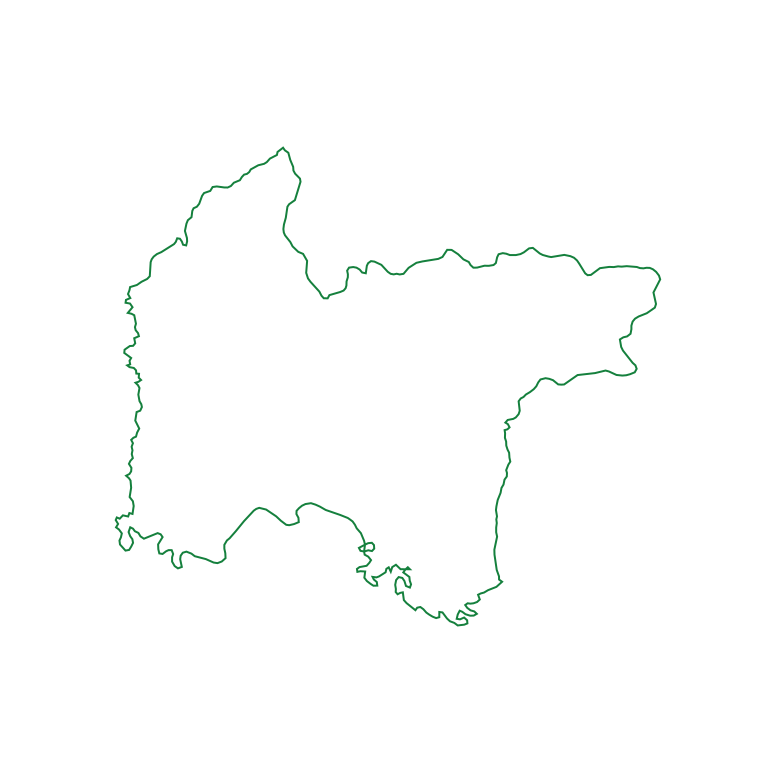 Riachinho, Minas Gerais, Brazil, rotated 168°
{"feature_id": "56859067B25318605217705", "entity_name": "Riachinho", "entity_type": "district", "adm_level": 2, "iso_a3": "BRA", "parent_name": "Brazil", "parent_adm1": "Minas Gerais", "projection": "orthographic", "projection_center": [-45.926, -16.273], "detail": "fine", "context": "isolated", "style": "outline", "palette": "green", "viewbox_px": 768, "rotation_deg": 168, "n_neighbors": 0, "source": "geoboundaries", "source_scale": "gbopen_adm2", "svg_char_len": 6163}
<svg xmlns="http://www.w3.org/2000/svg" viewBox="0 0 768 768"><g transform="rotate(168 384 384)"><path d="M401.4,198.3L404.3,195.7L399.3,190.0L399.7,186.3L399.2,182.4L401.0,179.5L404.5,181.9L405.0,187.1L406.4,190.5L409.8,192.1L412.9,189.7L414.8,185.2L415.0,181.0L415.8,178.1L414.4,175.5L411.6,176.3L408.9,176.3L409.5,168.5L407.5,165.0L400.3,156.2L398.0,158.3L394.8,158.3L392.3,155.5L390.1,151.6L387.6,148.9L384.8,146.3L381.7,144.2L378.4,144.4L377.3,149.5L374.3,148.4L371.1,141.5L368.8,138.2L364.9,135.7L362.1,132.5L355.5,131.9L352.2,132.5L351.8,135.6L354.2,138.9L358.6,138.0L361.7,139.2L359.8,143.2L357.1,146.5L354.8,144.9L352.2,141.9L348.0,139.5L344.4,138.8L341.0,139.9L343.0,142.8L346.4,144.6L349.1,147.7L350.5,150.9L347.8,152.1L345.2,151.2L342.1,150.9L338.3,151.4L335.1,153.3L335.8,158.3L333.0,159.0L329.5,159.2L325.1,160.7L316.2,162.2L309.6,166.0L312.1,168.8L311.5,171.9L312.4,178.7L311.4,194.1L310.5,199.0L305.1,211.2L305.1,215.7L304.1,220.3L302.6,224.5L302.3,228.2L301.0,231.0L300.7,237.4L299.5,240.9L296.9,246.9L292.6,253.3L290.7,257.9L288.0,260.8L286.0,265.4L283.1,268.0L282.2,271.4L282.4,274.3L279.1,279.3L276.6,281.8L276.6,285.9L275.9,290.8L276.8,294.2L277.2,298.3L276.5,302.3L276.9,306.2L275.8,310.6L275.6,313.8L272.7,314.0L270.2,315.5L271.2,319.0L273.3,321.0L270.5,323.1L264.8,323.0L262.0,323.9L258.6,326.5L256.8,329.6L255.9,339.1L253.3,341.4L250.2,342.3L247.4,344.2L243.0,345.7L238.6,347.8L235.5,350.1L232.8,353.5L230.0,355.9L224.8,356.1L221.3,354.7L217.9,352.6L213.7,347.4L210.7,346.5L207.9,346.1L192.8,352.5L175.3,350.8L164.5,351.1L161.4,349.5L154.7,344.5L149.1,342.7L145.3,342.2L141.4,342.4L136.3,343.3L133.7,346.3L134.2,350.0L136.4,353.0L143.3,367.0L144.3,370.9L144.0,378.5L140.2,379.9L136.3,380.0L132.4,381.9L130.6,386.2L129.9,389.6L127.8,393.4L124.9,395.7L120.9,397.1L112.2,398.6L103.2,402.4L101.3,405.7L101.4,417.5L92.1,428.9L92.5,432.9L94.5,437.1L97.1,440.3L99.9,442.3L103.1,443.1L106.2,443.2L109.6,444.2L112.4,445.9L122.1,448.8L127.2,449.4L130.6,450.4L135.0,450.6L139.3,451.7L148.7,452.4L158.9,447.7L162.2,448.1L164.2,450.4L168.1,461.3L169.5,464.7L171.9,468.0L175.1,470.3L180.8,472.8L194.1,473.4L196.7,474.5L201.9,477.2L204.5,479.3L210.1,486.2L213.9,486.5L219.8,483.7L223.5,482.7L228.2,482.7L234.0,483.9L237.3,486.0L240.6,487.3L244.9,487.1L247.0,484.4L249.4,479.1L252.1,477.6L256.8,477.8L261.2,478.8L268.8,478.5L272.4,479.2L274.6,482.3L275.7,485.7L280.4,489.4L284.5,495.5L290.0,501.1L294.3,502.1L300.4,496.1L304.9,495.1L321.0,495.9L327.1,495.8L335.8,492.5L342.0,487.7L345.9,487.9L348.7,489.2L351.7,489.2L354.6,490.4L357.0,493.0L361.8,501.1L367.9,505.7L371.2,506.9L374.4,505.5L376.2,503.2L378.8,496.1L382.2,497.6L384.0,501.0L386.7,503.5L389.8,504.8L394.0,505.1L396.5,502.5L396.5,498.9L397.2,495.9L399.3,492.1L400.3,488.1L401.7,485.6L404.1,483.8L407.7,483.1L418.9,482.3L421.3,479.5L425.1,480.4L426.8,483.4L428.0,487.8L434.7,499.3L436.4,503.1L437.0,508.9L433.6,520.4L436.1,528.1L440.4,531.1L444.8,537.6L446.1,542.3L449.9,550.0L450.5,553.0L450.2,556.5L448.7,560.8L445.5,567.0L441.6,577.5L439.4,579.6L432.9,582.4L423.6,599.2L423.5,602.4L427.2,608.2L428.2,611.6L427.7,615.3L429.1,622.7L429.5,630.1L432.4,633.2L433.6,636.1L439.9,633.1L441.1,630.3L448.7,628.2L452.5,625.4L455.5,624.3L461.5,624.1L469.7,621.6L471.8,619.3L474.4,618.0L477.3,617.9L480.0,616.0L482.6,613.3L489.0,612.1L492.6,609.5L496.1,608.7L499.5,609.5L506.5,612.0L510.7,612.3L513.8,609.0L520.3,608.2L522.8,605.9L527.3,598.7L530.2,596.3L533.7,595.5L535.5,593.2L537.6,587.2L541.8,585.0L543.9,581.9L546.9,575.1L546.4,567.8L546.9,564.5L548.7,560.7L551.6,562.0L552.1,565.4L553.4,568.5L556.0,569.5L558.1,566.3L560.3,564.5L574.4,559.3L579.1,558.3L582.8,556.5L585.3,554.3L586.9,551.7L590.7,538.1L593.8,536.0L599.9,534.4L605.2,532.2L612.2,531.6L613.5,528.6L615.7,525.2L614.3,520.8L618.9,519.9L619.9,517.2L615.7,515.5L614.0,511.4L619.8,506.8L616.4,505.2L614.0,503.2L614.1,494.5L615.8,491.4L615.7,488.2L614.0,484.9L613.8,481.7L618.8,480.7L618.9,475.5L621.5,473.5L624.7,474.0L630.6,471.5L631.6,468.4L625.9,462.0L628.1,459.6L628.2,456.0L631.3,455.6L629.4,453.4L625.4,451.7L623.7,448.9L624.1,445.7L621.5,444.9L622.6,441.2L620.8,438.4L623.8,437.2L626.8,436.9L624.9,434.0L624.0,430.9L626.5,424.7L626.7,418.0L625.6,414.7L625.6,411.8L628.0,408.6L631.8,408.0L634.9,399.9L632.7,391.3L635.6,387.8L637.5,384.1L640.3,383.5L642.9,381.9L641.9,378.3L643.9,375.1L643.8,371.4L645.3,367.9L645.1,363.7L648.1,361.5L650.1,358.9L648.5,354.5L649.5,351.1L651.7,348.9L655.3,347.9L653.0,344.8L652.0,342.2L652.9,335.1L656.3,326.3L654.0,321.5L654.2,316.7L657.0,309.2L659.9,310.7L661.8,307.6L666.7,309.8L670.5,307.2L673.1,309.0L674.7,306.7L673.2,302.4L675.9,299.5L673.5,296.8L671.5,292.4L673.2,288.7L675.3,285.9L675.6,281.9L671.5,274.8L667.8,274.7L665.1,277.5L662.5,280.8L662.4,284.5L663.9,287.9L664.6,292.3L662.0,296.6L659.6,294.7L658.3,291.8L655.2,289.4L653.9,285.6L651.0,282.6L636.4,285.2L633.7,283.4L632.4,280.3L638.3,274.1L639.1,269.3L639.0,265.0L635.9,263.8L631.9,265.7L629.2,266.3L626.2,265.6L625.6,261.5L627.3,258.6L628.2,254.3L626.6,249.4L623.9,246.5L619.8,247.1L619.8,255.0L618.6,258.3L615.9,260.8L612.1,261.1L607.6,258.1L604.9,254.9L594.7,249.8L587.8,244.8L584.1,243.4L579.6,244.1L575.2,246.6L574.4,251.5L574.4,256.1L573.6,259.9L570.2,263.6L567.1,265.2L559.6,270.8L549.4,279.0L537.7,287.2L534.9,288.4L531.8,288.8L525.4,285.7L517.0,277.0L513.3,271.7L508.9,266.6L506.1,265.6L501.1,265.7L496.1,266.6L495.5,270.9L496.7,275.0L495.9,278.1L493.0,280.2L489.5,282.0L485.8,282.9L480.2,282.6L476.0,280.2L472.2,277.4L467.2,272.9L454.2,265.1L447.3,260.5L445.4,258.5L443.3,256.1L441.7,252.4L440.7,248.5L437.6,242.9L436.1,234.9L436.0,230.8L432.6,231.6L428.9,231.2L427.3,228.5L427.8,225.0L430.5,223.1L433.9,224.6L438.3,224.3L438.4,221.1L435.3,218.4L433.3,214.4L435.6,212.1L438.8,209.8L446.0,210.0L448.9,208.7L449.1,205.8L446.1,205.8L441.4,204.5L443.5,198.6L441.7,194.8L438.7,191.3L436.3,188.9L432.5,188.2L432.2,191.8L434.6,194.9L435.3,197.7L431.6,196.4L428.9,196.8L421.6,199.5L420.1,202.7L417.5,203.7L416.4,199.0L414.0,203.2L409.9,204.7L406.3,199.4L401.4,198.3ZM401.4,198.3L398.8,199.8L397.2,197.4L401.4,198.3ZM436.0,230.8L442.6,228.9L441.7,225.7L438.3,224.3L436.0,230.8Z" fill="none" stroke="#15803d" stroke-width="2"/></g></svg>